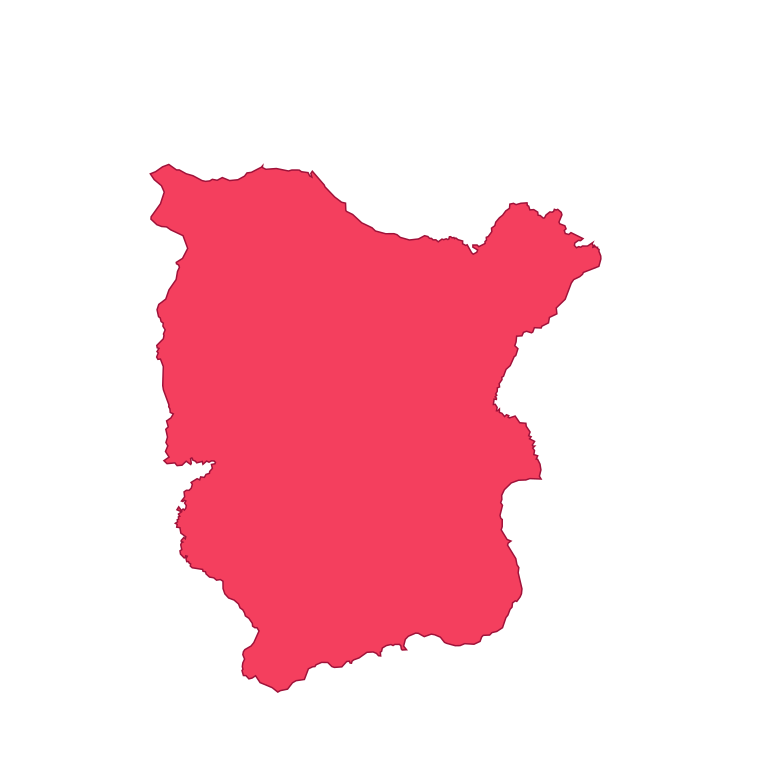 the district of Nagekeo, Nusa Tenggara Timur, Indonesia, rotated 342°
{"feature_id": "22746128B97494513966687", "entity_name": "Nagekeo", "entity_type": "district", "adm_level": 2, "iso_a3": "IDN", "parent_name": "Indonesia", "parent_adm1": "Nusa Tenggara Timur", "projection": "albers", "projection_center": [121.268, -8.674], "detail": "fine", "context": "isolated", "style": "filled", "palette": "rose", "viewbox_px": 768, "rotation_deg": 342, "n_neighbors": 0, "source": "geoboundaries", "source_scale": "gbopen_adm2", "svg_char_len": 6159}
<svg xmlns="http://www.w3.org/2000/svg" viewBox="0 0 768 768"><g transform="rotate(342 384 384)"><path d="M626.2,314.0L620.2,315.7L615.3,314.1L613.4,314.7L611.6,313.5L609.2,313.9L607.9,311.1L609.0,308.9L613.2,307.5L615.3,308.4L618.2,307.2L608.6,297.8L606.0,298.9L602.9,296.9L602.9,293.7L605.1,292.7L604.9,289.4L600.7,286.0L600.4,284.1L605.5,278.1L605.6,275.5L603.2,271.6L601.5,271.7L600.0,270.5L598.7,272.2L597.0,272.6L594.9,271.6L590.3,273.3L588.0,275.6L586.7,275.4L584.6,272.0L582.7,271.1L583.3,268.0L580.3,264.4L576.5,263.5L576.6,259.6L575.5,258.5L576.0,255.9L570.0,254.4L565.0,254.2L563.0,252.2L559.3,251.8L557.6,255.7L553.3,257.0L549.0,260.1L545.1,261.6L540.3,264.6L538.3,267.7L534.4,269.0L533.6,272.4L528.7,276.0L526.6,276.1L525.9,278.9L524.1,279.7L523.5,281.6L516.6,282.7L515.5,280.6L511.5,279.3L510.8,281.3L514.5,285.5L512.9,287.4L509.0,288.1L507.9,286.3L506.1,277.3L504.6,277.5L502.1,274.9L503.0,272.3L499.0,269.6L497.5,267.4L496.0,267.5L495.8,266.3L493.9,266.0L492.9,264.5L491.7,264.2L490.5,266.1L489.3,266.3L488.0,265.1L485.4,265.2L483.9,264.1L479.5,265.5L477.9,262.9L475.2,262.1L474.2,260.2L472.3,259.5L471.3,257.3L468.4,255.5L461.6,256.7L452.7,254.9L444.8,249.6L442.5,246.0L439.9,244.1L432.0,241.6L423.1,235.8L420.9,231.7L412.6,223.8L406.6,213.1L401.8,208.4L401.3,207.2L403.3,200.1L399.8,198.0L394.8,190.8L388.7,178.1L388.7,176.4L381.6,159.5L379.5,161.1L379.3,164.9L377.6,163.1L377.1,159.5L371.1,156.6L369.4,154.3L362.4,152.0L359.0,151.9L348.2,145.8L338.0,143.3L335.2,140.5L336.0,138.9L334.4,139.9L323.3,141.7L318.9,140.9L315.6,143.2L308.2,144.6L300.0,142.8L294.0,137.7L288.3,138.7L284.0,136.3L281.0,137.0L276.8,136.1L273.8,134.3L266.7,126.9L260.8,122.9L255.5,117.2L252.8,116.3L247.2,108.7L240.5,109.0L232.4,111.5L226.7,111.9L228.6,118.6L233.6,126.6L234.3,133.6L227.1,143.5L214.2,153.0L213.3,155.2L217.2,162.3L221.2,165.5L225.8,167.4L228.8,171.5L238.7,180.8L239.2,194.4L231.2,202.3L224.0,204.1L223.8,205.5L225.5,207.4L225.5,209.8L222.4,213.1L218.6,220.4L208.6,228.0L202.7,235.8L194.4,238.7L191.1,243.2L190.4,250.3L191.6,252.0L191.3,255.7L192.9,257.9L191.6,260.6L192.6,264.9L189.7,268.3L189.7,269.9L188.1,272.8L179.8,277.1L179.5,279.5L181.0,280.6L178.1,283.0L178.9,284.7L176.1,288.1L176.6,290.7L179.1,291.2L179.5,299.2L173.1,317.1L172.4,321.4L173.0,337.4L172.2,339.1L172.7,341.4L171.9,345.0L174.4,347.3L170.9,350.4L165.8,351.9L165.6,358.1L162.5,359.6L161.7,367.6L158.5,372.3L159.3,376.0L155.3,380.7L157.0,387.1L151.0,388.9L153.0,392.7L160.7,394.4L162.0,397.7L166.8,398.8L172.0,396.3L175.3,400.8L176.2,399.9L177.0,395.1L178.2,394.9L178.8,395.4L178.5,397.1L180.9,399.3L181.5,401.1L187.2,401.5L187.0,404.4L191.5,402.5L193.4,404.3L196.1,403.8L198.6,404.7L199.5,406.5L198.6,407.6L195.0,407.2L194.7,411.2L191.2,413.3L190.4,415.0L186.8,415.0L184.3,417.3L180.9,415.7L179.1,418.2L177.0,416.3L170.1,418.0L170.7,420.2L168.5,423.5L165.8,424.9L163.2,424.0L160.5,424.8L159.5,429.8L155.2,432.7L156.4,433.6L158.3,432.9L159.4,434.0L157.6,435.6L158.4,438.6L157.1,440.9L155.2,442.2L154.3,440.8L152.2,441.7L150.8,437.4L148.2,439.6L151.9,443.0L148.3,444.2L148.9,446.7L147.4,446.8L146.9,449.1L145.4,449.2L145.1,451.3L142.5,452.0L143.9,453.6L142.6,456.1L145.5,457.6L144.7,463.0L148.3,468.1L147.2,469.8L146.2,468.1L142.8,470.1L142.5,471.0L143.8,472.2L142.3,472.5L141.0,474.1L140.5,479.0L138.4,479.6L137.9,482.9L140.2,487.7L141.4,487.5L142.4,486.1L143.7,487.0L141.7,489.0L141.5,492.0L143.2,492.5L143.3,494.0L144.5,495.3L143.5,497.2L144.8,499.5L154.2,504.3L154.0,506.2L156.2,507.4L156.1,509.7L158.4,513.7L162.2,515.7L164.1,518.8L167.9,519.4L169.9,521.8L167.7,528.9L167.8,534.4L170.1,539.5L174.7,543.2L177.7,548.3L177.9,552.4L179.9,555.1L180.6,558.5L180.5,561.7L183.1,565.1L184.8,571.0L184.2,573.7L185.9,575.9L187.9,576.5L188.8,580.3L180.3,589.7L176.6,592.1L169.6,593.6L167.6,595.1L166.1,597.8L166.4,602.5L163.5,605.7L161.9,609.0L161.7,611.7L160.4,612.6L160.2,617.8L162.6,618.7L164.4,622.7L167.7,622.9L171.7,621.8L173.9,629.7L183.8,638.2L187.8,644.2L190.7,643.6L198.0,644.4L204.6,639.9L208.7,639.0L217.0,640.4L224.1,631.5L228.8,630.9L231.0,631.4L232.7,630.0L238.7,629.5L244.5,631.5L247.1,636.6L249.2,638.2L256.5,640.0L262.8,636.4L265.4,637.0L265.5,638.9L266.8,639.5L267.9,637.8L269.9,637.0L275.7,636.8L284.9,633.9L290.9,635.5L293.6,637.9L294.8,640.7L296.8,641.6L297.6,637.9L299.1,637.5L300.8,634.6L305.4,633.5L310.1,633.9L311.8,635.5L313.8,635.0L318.2,636.4L319.1,638.1L318.6,641.5L319.1,642.6L323.3,643.7L321.7,639.3L325.4,633.4L329.2,631.4L337.1,630.7L339.6,631.7L344.2,636.7L351.7,636.5L354.8,638.2L359.4,642.2L361.7,648.4L363.3,649.9L370.9,654.9L375.5,656.3L380.5,655.9L389.2,659.3L395.8,658.5L398.7,654.8L400.7,653.7L406.9,655.4L409.9,653.8L414.8,654.2L421.4,652.4L427.8,643.8L430.4,642.1L434.3,637.2L436.8,635.8L438.6,631.9L441.8,630.8L443.1,631.8L447.6,628.6L449.9,626.0L451.9,621.5L453.3,604.9L455.5,600.3L454.6,596.9L455.4,590.8L451.7,575.4L453.0,573.6L456.2,572.6L453.0,569.9L450.4,558.9L452.3,556.3L454.6,549.4L453.6,547.9L453.7,544.8L459.2,536.0L458.3,532.9L460.4,530.3L461.5,526.3L465.8,521.7L474.5,517.4L482.2,517.1L489.3,519.1L493.4,519.0L504.0,522.9L503.3,519.7L506.7,514.2L507.6,508.4L506.8,503.1L505.6,502.4L508.0,499.8L504.7,497.4L506.6,493.8L505.6,490.9L508.1,489.6L506.5,489.1L506.2,487.9L509.5,485.1L505.5,481.1L507.6,479.6L505.6,477.9L508.1,474.8L506.2,468.2L506.8,465.2L501.1,462.8L498.8,455.0L492.8,455.0L491.8,454.0L492.9,452.7L491.0,451.1L488.6,452.2L487.1,448.3L485.0,446.7L486.0,443.5L483.8,444.6L482.7,444.2L484.4,441.2L483.5,437.7L481.7,437.3L484.0,432.4L486.1,433.4L486.6,432.2L485.7,430.6L487.8,429.5L487.1,428.0L489.4,426.0L490.6,422.7L493.0,422.5L493.6,419.3L497.6,416.3L498.1,414.0L500.0,413.6L504.6,407.8L509.7,405.5L516.3,398.2L518.1,397.7L522.3,391.8L520.2,388.0L522.6,384.8L524.9,379.5L530.1,380.8L532.6,378.0L535.8,377.9L540.1,380.9L541.6,380.5L544.4,376.9L550.8,379.3L552.0,377.8L559.3,376.7L561.9,371.8L570.1,370.7L571.3,364.9L582.5,359.4L593.3,345.9L596.7,343.3L603.3,342.4L606.7,341.0L608.1,339.5L624.7,338.5L628.9,332.1L629.7,329.2L629.4,324.2L630.1,322.6L628.8,320.8L629.3,320.0L627.9,319.4L627.0,317.5L626.6,318.5L624.9,318.5L625.7,316.8L625.2,315.0L626.2,314.0Z" fill="#f43f5e" stroke="#9f1239" stroke-width="1.5"/></g></svg>